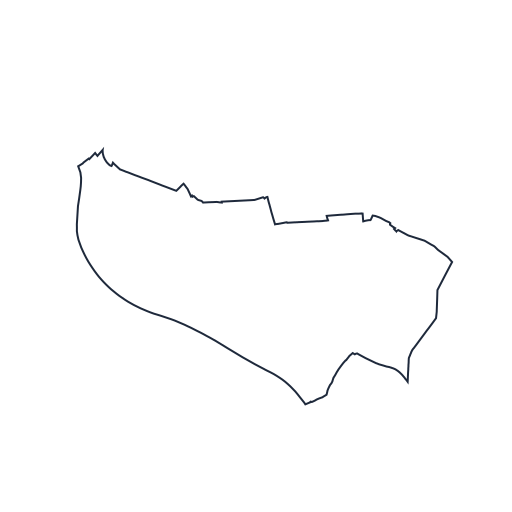 Heumen, Gelderland, Netherlands (orthographic projection), rotated 36°
{"feature_id": "6326949B5926695823703", "entity_name": "Heumen", "entity_type": "district", "adm_level": 2, "iso_a3": "NLD", "parent_name": "Netherlands", "parent_adm1": "Gelderland", "projection": "orthographic", "projection_center": [5.824, 51.781], "detail": "fine", "context": "isolated", "style": "outline", "palette": "slate", "viewbox_px": 512, "rotation_deg": 36, "n_neighbors": 0, "source": "geoboundaries", "source_scale": "gbopen_adm2", "svg_char_len": 5849}
<svg xmlns="http://www.w3.org/2000/svg" viewBox="0 0 512 512"><g transform="rotate(36 256 256)"><path d="M59.4,287.9L64.8,291.6L68.6,295.6L71.1,299.2L73.3,302.7L75.2,306.1L79.1,313.4L80.6,316.3L82.6,320.2L92.4,335.6L94.5,338.4L96.5,341.2L99.3,344.1L102.8,347.2L106.3,349.6L109.7,351.9L113.2,353.9L116.7,355.8L120.1,357.5L123.6,359.1L127.1,360.5L130.6,361.8L134.0,363.0L137.5,364.1L141.0,365.1L144.5,365.9L147.9,366.6L151.4,367.2L154.9,367.7L158.4,368.1L161.9,368.3L165.3,368.5L168.8,368.6L172.3,368.5L175.8,368.4L179.3,368.2L182.8,367.8L186.2,367.4L189.7,366.8L193.2,366.2L196.7,365.4L200.2,364.6L203.7,363.7L207.2,362.7L210.6,361.5L214.1,360.3L217.6,359.2L221.1,358.1L224.6,357.0L228.1,356.0L231.6,355.2L235.1,354.4L238.6,353.6L242.0,353.0L245.5,352.3L252.5,351.2L256.0,350.6L259.5,350.1L262.9,349.7L266.4,349.2L273.4,348.4L287.3,347.3L290.8,347.0L297.8,346.4L304.8,345.8L308.2,345.4L315.2,344.6L318.7,344.2L325.7,343.2L329.1,342.7L330.1,342.6L332.6,342.2L336.1,341.6L339.6,341.1L343.1,340.8L346.6,340.6L350.0,340.5L353.5,340.6L357.0,340.9L360.5,341.3L364.0,341.9L367.4,342.5L370.9,343.4L374.4,344.4L381.3,346.3L383.1,347.0L386.1,342.1L385.8,341.9L385.9,341.6L386.4,341.5L386.8,341.4L387.1,341.1L387.4,340.6L387.9,339.7L388.4,338.8L388.7,338.2L389.0,337.5L389.2,337.0L389.4,336.5L389.7,336.0L390.0,335.5L390.7,334.3L391.3,333.4L391.9,332.5L392.2,332.1L392.3,331.9L392.6,331.6L392.7,331.3L392.9,331.0L393.1,330.3L394.4,327.3L394.4,327.2L394.6,326.8L394.0,325.2L393.4,323.8L393.0,323.0L392.5,321.1L392.1,319.1L392.0,318.4L391.9,318.2L391.9,317.7L391.7,316.9L391.8,315.3L391.8,314.3L391.7,313.8L391.5,312.5L391.2,311.9L391.0,311.2L390.6,310.1L390.5,309.6L390.2,308.8L390.2,307.7L390.0,305.3L389.6,302.3L389.5,300.3L389.4,299.7L389.4,295.0L389.5,291.1L389.9,287.2L390.1,287.9L390.2,287.1L390.2,286.2L390.2,285.4L390.3,283.8L390.3,282.0L391.3,277.7L393.7,277.5L394.3,276.3L395.1,275.4L397.2,275.2L404.7,274.2L405.8,274.0L416.3,272.1L417.1,271.8L419.2,271.3L423.6,269.7L426.6,268.7L429.1,267.5L430.4,267.1L430.8,266.9L431.0,266.9L431.3,266.8L432.0,266.6L432.5,266.4L433.3,266.2L434.1,266.0L435.1,265.8L435.7,265.7L436.8,265.7L438.0,265.6L439.9,265.7L440.5,265.7L441.1,265.8L442.4,266.0L443.2,266.1L444.2,266.3L444.8,266.4L445.4,266.6L447.6,267.1L448.4,267.4L449.0,267.6L450.0,267.8L451.1,268.1L452.6,268.6L451.2,266.4L450.9,266.0L450.4,265.2L449.7,264.2L449.2,263.4L448.0,261.6L446.9,259.9L445.9,258.3L445.2,257.3L445.0,257.0L444.4,256.0L443.7,255.0L443.3,254.4L443.1,254.1L442.7,253.4L441.8,252.0L441.0,250.9L440.9,250.7L439.8,249.0L439.6,248.6L439.2,247.0L439.0,245.9L438.7,245.0L438.3,243.1L438.0,242.2L438.0,241.8L437.8,240.9L437.8,240.5L437.7,240.3L437.7,239.9L437.7,238.6L437.8,237.9L437.9,230.9L437.9,229.8L438.0,218.8L438.0,216.0L438.1,213.5L438.2,206.6L438.2,200.5L435.0,194.9L434.5,194.2L427.7,184.1L422.8,176.9L420.3,160.3L418.6,148.6L418.2,145.6L411.5,144.1L401.6,144.1L400.6,144.1L400.2,144.1L399.9,144.1L399.0,144.0L397.7,143.8L395.8,143.5L394.8,143.4L393.9,143.4L393.1,143.5L391.1,143.8L383.7,144.5L382.8,144.7L382.6,144.8L367.4,149.8L366.3,150.0L365.8,150.1L365.5,150.1L357.6,151.2L355.8,151.4L355.5,152.3L355.3,152.7L355.1,153.2L355.1,153.5L354.9,153.4L354.2,153.5L351.8,153.0L352.1,151.7L349.5,151.9L346.0,151.9L345.3,150.9L345.3,150.5L344.0,150.4L340.7,151.2L337.4,151.6L334.9,151.9L333.0,152.3L329.0,153.5L326.6,154.7L326.6,154.9L326.7,155.1L327.0,156.5L327.5,159.1L327.5,159.7L327.4,159.8L326.4,160.5L324.9,162.0L323.7,163.3L322.5,164.9L322.4,165.0L322.2,164.8L322.1,164.6L320.7,163.0L317.3,159.0L316.1,159.7L316.1,159.9L315.7,160.2L314.8,160.9L313.8,161.7L313.4,162.0L311.8,163.1L308.1,166.2L304.6,169.2L302.8,170.8L301.1,172.2L300.9,172.3L295.4,177.0L293.4,178.7L291.9,180.0L289.6,182.0L290.6,182.9L292.5,184.3L293.0,184.6L293.3,184.7L293.4,184.8L292.9,185.3L292.3,185.9L291.6,186.5L290.9,187.1L289.8,188.1L289.3,188.6L286.0,191.3L285.4,191.7L285.2,191.8L282.8,193.8L276.9,198.5L275.7,199.5L270.4,203.7L269.6,204.4L267.3,206.2L262.3,210.3L262.1,210.4L261.8,210.7L261.6,210.6L261.4,210.6L261.1,210.6L260.9,210.8L260.1,211.6L258.2,213.7L258.0,213.9L257.4,214.5L256.7,215.3L255.9,216.1L255.0,217.1L254.9,217.1L253.0,218.9L252.8,219.2L247.9,215.5L245.1,213.3L242.6,211.4L240.7,209.8L237.1,206.9L236.9,206.7L235.8,205.9L235.7,205.8L234.9,205.2L233.7,204.2L230.5,201.5L230.3,201.7L229.8,202.4L229.5,203.1L229.1,204.5L228.3,204.3L227.2,204.3L221.9,211.5L221.7,211.6L221.4,211.9L218.6,214.2L196.3,232.2L196.9,232.9L194.7,234.2L194.0,234.5L192.4,235.4L191.1,236.4L190.4,237.0L189.4,237.8L187.7,239.1L187.3,239.4L187.2,239.5L185.3,241.0L183.6,242.4L182.1,243.6L181.8,243.9L181.7,243.9L181.4,243.8L181.0,243.7L180.8,243.6L180.6,243.6L180.0,243.5L179.8,243.5L179.2,243.6L177.0,244.4L176.5,244.6L175.7,244.7L175.4,244.7L173.1,244.4L170.5,244.1L170.4,244.2L169.7,245.5L168.6,244.7L168.0,245.7L168.0,245.8L165.8,244.5L164.7,243.9L163.8,243.4L162.9,242.9L161.5,242.1L160.0,241.6L158.8,241.3L158.7,241.2L157.4,240.8L156.1,240.4L154.9,240.1L154.5,242.0L154.2,243.6L154.2,244.1L153.5,248.4L153.2,250.1L151.5,250.6L145.2,252.3L141.9,253.2L138.4,254.2L137.1,254.5L133.7,255.4L126.5,257.3L124.4,257.8L119.6,259.2L117.2,259.9L115.2,260.4L113.8,260.8L113.5,260.9L113.4,260.9L110.7,261.7L104.9,263.2L103.0,263.7L101.8,264.1L100.8,264.4L99.8,264.6L97.5,265.2L96.0,265.6L95.6,265.7L95.4,265.8L94.9,265.9L94.6,265.8L92.6,265.6L89.4,265.2L87.5,265.0L86.8,264.9L86.5,264.8L85.9,264.7L85.4,264.6L86.1,267.2L86.2,268.1L84.7,268.5L83.7,268.5L82.4,268.3L80.6,268.0L79.6,267.7L78.8,267.4L76.8,266.6L75.8,266.0L74.6,265.4L74.2,265.0L73.7,264.7L72.8,263.9L72.4,263.6L71.7,263.0L71.2,262.4L70.7,261.9L70.4,261.4L69.7,260.6L69.6,260.4L68.9,267.9L68.9,268.2L67.2,267.8L65.3,267.2L64.9,270.4L64.5,273.3L64.2,275.6L63.4,275.5L62.5,278.4L61.5,281.8L61.5,282.2L61.4,283.1L61.0,284.0L60.6,285.0L60.1,286.3L59.4,287.9Z" fill="none" stroke="#1e293b" stroke-width="2"/></g></svg>